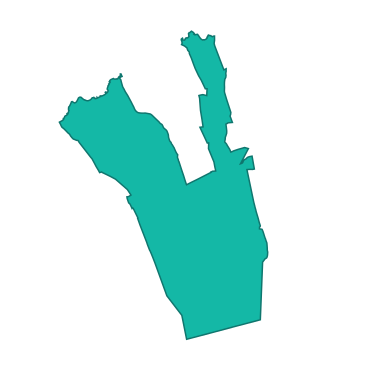 Sagaga le Falefa, A'ana, Samoa (Robinson projection), rotated 334°
{"feature_id": "51752279B7891864282518", "entity_name": "Sagaga le Falefa", "entity_type": "district", "adm_level": 2, "iso_a3": "WSM", "parent_name": "Samoa", "parent_adm1": "A'ana", "projection": "robinson", "projection_center": [-171.867, -13.864], "detail": "fine", "context": "isolated", "style": "filled", "palette": "teal", "viewbox_px": 384, "rotation_deg": 334, "n_neighbors": 0, "source": "geoboundaries", "source_scale": "gbopen_adm2", "svg_char_len": 4901}
<svg xmlns="http://www.w3.org/2000/svg" viewBox="0 0 384 384"><g transform="rotate(334 192 192)"><path d="M169.8,331.3L197.4,336.8L224.7,286.0L228.4,284.1L230.0,284.0L230.7,283.6L231.8,282.4L232.4,281.5L233.7,279.2L234.2,277.2L235.0,275.5L236.7,271.3L237.0,270.3L237.2,267.9L237.5,266.4L237.5,265.3L238.3,260.0L238.5,258.5L238.6,256.3L238.3,256.0L237.0,255.1L236.5,254.7L237.4,253.0L238.2,252.8L238.6,252.3L239.1,248.8L239.9,244.9L241.1,237.6L241.6,235.5L241.9,233.6L242.3,231.9L243.0,228.4L251.2,195.9L253.9,197.0L256.2,198.2L257.2,198.5L258.1,198.7L261.7,186.1L259.2,185.4L257.3,185.2L256.6,185.3L254.9,185.9L253.3,185.9L252.2,186.3L250.3,187.9L249.5,188.1L247.9,187.9L261.7,177.7L258.8,175.1L252.2,173.9L247.5,173.3L246.0,173.3L244.4,173.2L244.6,170.4L244.1,165.6L244.1,164.4L243.9,163.2L243.4,161.9L243.5,161.1L245.2,158.8L245.7,157.7L247.5,155.9L248.9,154.4L250.0,152.3L251.3,148.7L252.2,145.9L254.1,145.8L254.6,145.6L258.8,147.2L259.5,140.4L260.6,139.4L261.8,137.5L263.2,127.5L263.7,123.9L264.4,119.7L264.7,117.9L264.7,117.6L265.2,115.8L267.1,112.2L268.2,109.7L269.4,107.4L270.9,105.1L272.5,103.9L273.6,102.3L274.5,99.9L275.4,98.8L276.7,96.2L274.2,96.2L274.5,92.5L276.5,70.6L277.0,68.2L278.8,65.5L280.6,61.7L279.5,61.3L278.5,61.4L277.7,60.6L277.5,59.7L276.8,59.4L275.5,58.1L274.3,58.9L274.3,59.2L273.3,59.5L273.3,59.8L272.6,60.5L271.9,60.7L271.4,60.7L270.0,60.8L269.3,60.3L268.4,60.1L268.0,59.8L267.2,58.5L266.8,56.9L266.5,55.3L266.5,54.7L266.1,52.7L264.6,52.2L264.0,52.2L263.3,51.8L262.9,51.0L263.5,50.8L263.2,49.1L262.8,48.9L262.4,47.8L262.0,47.2L261.1,47.4L260.0,47.8L259.3,47.5L258.1,48.3L258.0,49.5L257.5,50.2L257.5,50.9L257.1,51.1L255.7,51.5L254.8,51.3L254.6,51.0L254.0,50.9L253.2,51.2L252.9,51.7L251.9,52.2L250.5,51.4L250.3,50.3L251.0,49.8L250.9,49.5L249.4,49.9L249.0,50.6L248.9,52.2L248.4,53.8L247.8,54.7L247.4,54.9L246.8,54.4L248.0,55.9L249.3,57.5L249.9,58.8L250.4,59.8L250.6,60.1L250.3,62.8L250.9,65.1L250.3,66.4L250.1,71.5L249.4,77.9L249.0,82.5L248.9,90.4L249.3,95.5L249.2,105.1L250.8,105.8L247.5,111.8L244.4,109.2L242.1,108.6L240.5,108.3L239.9,111.1L235.4,122.4L232.8,131.1L230.5,138.3L227.5,137.3L227.2,154.7L228.5,155.2L225.8,160.3L224.9,174.6L223.6,179.2L222.8,182.6L222.5,183.5L220.1,182.6L219.8,182.4L217.7,182.3L217.7,182.7L202.0,183.0L196.5,183.0L190.3,183.1L190.3,182.5L190.9,178.1L191.6,173.7L192.4,167.4L193.6,158.9L193.5,158.2L193.9,156.7L194.0,154.9L194.3,154.1L195.5,152.2L195.2,150.9L195.1,149.2L195.2,145.8L195.3,144.6L195.2,143.7L195.0,141.1L194.7,139.6L194.9,138.1L194.4,136.8L194.5,135.0L194.9,132.6L195.6,130.8L195.9,129.8L196.1,127.5L196.2,126.2L196.0,125.1L195.3,123.5L194.7,122.1L194.6,121.3L194.7,119.5L194.6,118.2L193.4,116.1L193.1,114.6L190.7,108.1L189.8,105.6L189.3,104.5L188.6,103.5L184.8,100.7L181.4,99.1L179.6,98.0L178.3,97.0L177.7,96.1L177.2,95.0L176.8,93.3L176.8,91.5L176.9,90.3L176.8,86.7L176.8,84.5L176.5,77.0L176.0,72.5L176.0,69.7L175.8,67.3L176.3,64.3L176.9,61.2L177.2,60.1L176.8,57.7L178.6,57.4L179.8,57.5L179.9,54.7L179.3,54.5L179.1,55.1L177.9,56.5L177.3,56.8L177.0,56.4L176.4,56.6L176.4,57.2L175.5,57.2L174.9,57.6L174.4,57.7L173.7,57.2L173.1,57.3L172.7,56.9L172.0,56.7L171.6,56.4L171.1,55.5L168.4,55.4L167.2,55.7L166.9,55.9L166.7,56.6L166.5,56.3L165.9,56.6L166.0,57.7L165.6,58.0L164.5,58.4L164.6,58.9L163.7,59.5L163.3,59.5L163.2,59.9L162.8,60.2L161.2,61.8L160.8,62.8L161.2,63.8L160.5,64.8L159.5,65.5L158.8,65.6L158.6,64.4L158.1,64.2L157.7,64.4L157.9,65.8L156.9,66.1L155.8,66.3L155.0,66.2L154.6,66.3L153.2,66.2L152.7,65.9L152.2,66.1L151.9,65.5L151.5,65.5L151.5,65.9L151.1,66.1L149.4,66.1L148.5,66.0L148.2,65.3L147.8,66.1L146.3,65.9L145.5,65.3L145.8,64.9L145.2,64.3L145.2,63.9L144.3,63.9L143.7,63.6L143.0,63.8L142.0,64.4L141.0,64.6L139.1,64.5L138.5,64.4L137.6,63.9L136.1,62.6L136.1,62.2L135.4,61.8L134.6,60.1L133.8,58.2L133.2,57.8L132.4,57.5L131.2,57.7L130.2,58.5L128.5,59.8L127.2,60.5L126.8,60.6L125.5,60.5L124.8,59.6L124.0,58.2L123.2,58.1L121.9,59.3L119.5,61.2L118.4,61.6L118.1,62.0L117.7,63.0L117.3,63.2L117.1,64.2L117.1,64.9L116.7,64.9L116.0,66.1L115.3,66.8L114.8,67.2L114.5,66.6L113.8,66.9L114.0,67.7L112.9,68.1L111.5,68.0L110.7,68.3L109.9,69.2L109.0,69.6L108.6,69.5L108.3,70.0L108.5,70.3L107.2,70.9L104.8,71.1L104.7,71.0L103.4,71.1L103.5,74.0L103.4,75.0L103.5,76.7L104.7,79.3L105.6,82.0L106.5,84.8L107.3,86.4L107.4,88.3L107.9,90.5L108.5,92.3L110.1,94.0L110.7,94.8L112.2,95.8L112.3,97.9L112.6,99.3L116.2,116.5L116.7,118.3L116.9,123.0L117.0,127.1L117.4,131.4L117.5,134.1L119.6,134.4L119.9,135.2L120.5,135.9L122.5,138.4L125.6,142.4L128.9,147.0L135.0,161.5L135.8,168.0L133.5,168.3L132.4,168.2L131.4,167.8L130.9,169.3L130.3,174.0L130.9,175.4L131.0,176.6L130.9,180.3L131.4,179.9L132.0,181.0L132.0,191.7L131.6,191.8L130.8,198.8L129.2,217.8L129.0,218.9L128.8,220.9L128.4,225.7L128.5,226.8L128.3,230.5L128.1,233.5L127.6,239.4L123.9,274.3L128.8,298.4L122.6,322.0L147.7,327.0L169.8,331.3Z" fill="#14b8a6" stroke="#0f766e" stroke-width="1.5"/></g></svg>